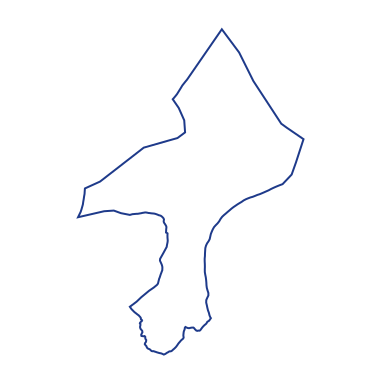 outline of Markhah As Sufla, Shabwah, Yemen, rotated 355°
{"feature_id": "15242507B42108001153056", "entity_name": "Markhah As Sufla", "entity_type": "district", "adm_level": 2, "iso_a3": "YEM", "parent_name": "Yemen", "parent_adm1": "Shabwah", "projection": "robinson", "projection_center": [46.113, 14.696], "detail": "fine", "context": "isolated", "style": "outline", "palette": "blue", "viewbox_px": 384, "rotation_deg": 355, "n_neighbors": 0, "source": "geoboundaries", "source_scale": "gbopen_adm2", "svg_char_len": 4072}
<svg xmlns="http://www.w3.org/2000/svg" viewBox="0 0 384 384"><g transform="rotate(355 192 192)"><path d="M199.8,319.3L199.5,318.9L198.7,316.5L198.3,313.8L197.6,311.3L197.2,308.7L196.9,306.1L196.5,303.4L196.8,300.9L198.0,298.7L199.3,296.5L199.5,294.0L198.9,291.4L198.4,288.8L198.3,286.2L198.4,283.5L198.4,280.8L198.3,278.2L198.0,275.5L197.8,272.9L198.0,270.2L198.3,267.7L198.5,264.9L198.6,262.2L198.8,259.6L199.3,256.9L199.6,254.2L200.0,251.6L200.4,249.0L201.3,246.6L202.6,244.4L204.2,242.5L205.5,240.5L206.3,238.0L207.1,235.5L208.2,233.3L209.4,231.1L210.9,228.9L212.7,227.2L214.7,225.5L216.5,223.6L218.1,221.3L219.9,219.3L221.8,217.8L223.8,216.4L225.7,215.0L227.7,213.6L229.9,212.0L232.1,210.6L234.1,209.5L236.2,208.3L238.4,207.2L240.5,206.2L242.7,204.9L245.1,203.9L247.3,203.2L249.8,202.5L252.0,202.1L254.4,201.4L256.9,200.6L259.2,200.1L261.4,199.4L263.8,198.6L266.1,197.8L268.5,197.0L271.0,195.9L273.4,195.0L275.7,194.2L277.9,193.5L280.2,192.8L282.8,192.1L283.0,192.0L292.8,183.3L298.1,171.7L307.7,149.1L292.0,136.2L288.0,132.7L286.9,131.8L262.8,86.8L251.1,57.1L235.9,32.5L227.1,43.1L196.8,79.7L195.0,81.5L193.3,83.3L191.6,85.1L190.1,87.2L188.6,89.2L187.1,91.2L185.6,93.2L183.9,95.0L182.0,96.9L180.9,97.9L186.1,107.1L190.5,119.9L190.3,132.0L182.2,137.0L173.7,138.6L147.8,143.6L101.3,173.6L85.7,179.1L85.6,179.3L85.2,181.8L84.8,184.5L84.7,184.9L84.1,187.1L83.5,189.7L82.8,192.3L82.2,194.9L81.3,197.3L80.3,199.9L79.3,202.2L77.9,204.5L76.6,206.7L76.3,207.2L102.8,203.5L112.5,203.7L119.4,206.9L128.1,209.4L130.8,208.9L133.5,208.9L134.9,208.9L136.0,209.0L138.2,208.8L139.5,208.7L140.8,208.5L142.2,208.4L143.3,208.3L144.4,208.4L145.6,208.7L146.8,209.1L148.0,209.3L148.8,209.5L149.1,209.6L150.2,209.8L151.3,210.0L152.4,210.2L153.6,210.6L154.5,211.0L155.8,211.6L156.8,212.2L157.8,212.5L158.9,213.0L159.7,213.7L160.5,214.6L161.2,215.5L161.7,216.8L161.4,218.0L161.2,219.2L161.7,220.6L162.3,221.6L162.9,222.8L163.4,224.0L163.4,225.3L163.1,226.5L162.6,230.1L162.8,230.3L163.3,230.5L164.0,231.1L164.0,231.4L163.8,232.7L163.7,234.0L163.6,235.4L163.6,236.7L163.6,238.0L163.4,239.3L163.1,240.5L162.7,241.8L162.3,243.2L162.0,244.5L157.9,250.7L154.4,255.8L154.1,257.6L155.5,261.6L155.9,263.6L155.9,265.0L155.7,266.3L155.6,267.3L155.0,268.5L154.5,269.6L153.9,270.8L153.4,271.9L152.9,273.1L152.3,274.5L151.7,275.6L151.3,276.8L150.9,277.9L150.5,279.1L150.1,280.3L149.0,281.5L145.5,283.9L140.7,286.6L132.3,292.4L127.3,296.4L120.1,300.9L121.4,303.2L122.0,304.0L122.7,304.8L123.4,305.7L124.1,306.5L125.0,307.4L125.8,308.1L126.6,308.9L127.4,309.6L128.3,310.4L128.9,311.3L129.5,312.0L130.0,313.0L130.0,313.6L130.0,314.2L130.8,315.0L131.0,315.4L130.6,315.7L130.6,316.4L130.2,316.6L129.6,317.0L128.9,317.7L128.6,318.3L128.7,318.6L129.1,318.8L129.0,320.2L128.6,321.3L128.5,322.6L128.8,323.8L130.3,326.0L130.4,327.4L129.8,328.3L128.9,329.9L129.1,331.0L131.1,331.5L132.2,331.4L132.8,332.2L132.7,333.4L132.9,334.5L133.5,335.5L133.3,336.6L132.8,337.7L132.1,338.4L131.7,339.4L132.4,340.7L133.1,341.5L133.4,342.6L133.9,343.6L134.7,344.3L135.6,344.7L136.5,345.3L137.2,346.2L137.9,346.9L138.9,347.2L139.8,347.2L140.1,347.3L140.8,347.7L141.7,348.0L142.7,348.5L143.7,348.9L144.7,349.3L145.5,349.6L146.6,349.9L147.5,350.2L148.4,350.7L149.8,351.5L150.3,351.3L151.3,351.0L152.2,350.5L153.0,350.0L153.9,349.7L154.9,349.1L155.9,348.8L156.9,348.9L157.8,348.6L158.7,348.0L159.5,347.3L160.3,346.8L161.2,346.1L161.9,345.5L162.7,344.8L163.4,344.0L164.1,343.2L164.8,342.3L165.5,341.5L166.3,340.7L167.1,340.0L167.9,339.1L168.7,338.5L169.5,337.9L170.5,337.2L171.0,336.1L170.9,335.1L170.9,334.0L171.1,332.9L171.3,331.9L171.5,330.8L171.9,329.7L172.4,328.8L172.8,327.8L173.0,326.7L173.7,325.9L174.7,326.5L175.6,327.0L176.5,327.3L177.5,327.4L178.6,327.2L179.6,327.1L180.6,327.1L181.6,327.2L182.3,327.9L182.9,328.9L183.6,329.7L184.2,330.4L185.2,330.8L186.2,330.6L187.2,330.8L188.1,330.5L188.9,329.6L189.6,328.8L190.3,328.0L191.1,327.2L192.0,326.4L193.0,325.6L193.9,325.0L194.7,324.4L195.4,323.5L196.0,322.6L196.9,322.2L197.8,321.7L198.5,320.9L199.2,320.1L199.8,319.3Z" fill="none" stroke="#1e3a8a" stroke-width="2"/></g></svg>